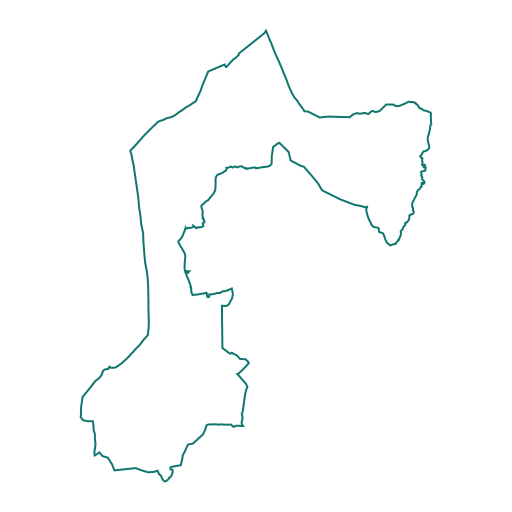 Gairo, Morogoro, United Republic of Tanzania (Natural Earth projection)
{"feature_id": "72390352B71030681800047", "entity_name": "Gairo", "entity_type": "district", "adm_level": 2, "iso_a3": "TZA", "parent_name": "United Republic of Tanzania", "parent_adm1": "Morogoro", "projection": "natural_earth1", "projection_center": [37.057, -6.228], "detail": "fine", "context": "isolated", "style": "outline", "palette": "teal", "viewbox_px": 512, "rotation_deg": 0, "n_neighbors": 0, "source": "geoboundaries", "source_scale": "gbopen_adm2", "svg_char_len": 6071}
<svg xmlns="http://www.w3.org/2000/svg" viewBox="0 0 512 512"><path d="M95.4,380.9L91.0,386.7L82.6,396.9L81.0,408.0L81.1,412.6L80.7,417.3L83.2,420.3L88.2,421.3L92.8,421.2L93.4,425.1L93.7,430.4L94.9,434.1L94.9,438.6L95.5,443.7L95.3,446.3L94.3,452.8L94.7,455.4L99.5,452.4L102.5,456.1L107.7,457.6L111.9,464.0L114.4,470.4L135.6,468.1L140.3,469.9L148.1,472.3L153.9,471.9L157.6,470.7L158.2,472.4L159.0,473.8L159.8,474.8L160.7,475.3L162.8,479.6L164.3,481.3L165.9,481.2L167.4,480.1L168.6,479.0L169.0,477.8L170.7,476.9L171.5,475.5L172.6,472.5L172.6,470.0L171.4,469.7L170.4,469.0L170.5,467.4L172.3,466.7L180.8,465.2L182.4,458.2L182.7,455.4L184.9,451.4L187.1,446.3L188.2,444.5L192.9,443.6L203.2,434.2L204.1,431.9L205.3,429.6L205.8,427.4L206.6,425.3L208.3,424.5L215.6,424.3L217.9,424.6L221.7,424.4L224.5,424.7L231.0,424.6L232.0,425.4L232.6,426.2L233.9,426.9L235.2,426.0L237.4,425.7L243.0,426.0L242.1,424.7L241.5,422.6L242.7,418.1L241.8,414.0L242.4,412.5L242.9,410.3L244.0,402.4L244.3,399.7L245.3,393.5L246.6,388.5L247.4,386.8L246.0,383.9L237.4,374.0L238.2,373.9L242.9,369.5L248.8,363.2L248.3,362.8L248.1,361.6L245.6,359.3L240.0,358.9L237.2,355.7L235.2,354.6L233.5,353.9L232.5,353.0L230.9,352.7L231.3,352.9L230.5,353.7L229.1,353.1L222.4,348.0L222.1,321.6L222.0,316.9L222.1,316.6L221.9,305.7L222.2,305.6L224.0,306.0L226.8,305.9L228.9,304.2L232.2,298.0L232.9,293.9L231.8,288.5L225.5,291.2L223.0,291.2L219.3,293.2L217.2,292.9L215.9,293.5L211.4,294.4L209.2,294.5L209.3,295.9L209.0,297.0L207.4,296.9L207.0,295.8L206.6,292.8L206.0,292.8L203.4,293.6L201.5,293.7L197.3,294.6L193.8,294.7L192.6,295.1L191.3,291.8L191.2,290.0L191.3,288.7L190.9,288.0L191.1,288.0L190.6,285.8L189.3,282.0L185.6,272.8L188.3,272.7L188.3,272.1L189.1,271.3L185.1,271.1L184.6,269.0L184.7,262.9L185.3,256.6L185.1,254.7L184.4,252.7L179.2,243.8L178.3,241.7L178.8,240.7L180.0,239.7L182.3,236.5L184.7,230.6L185.6,227.7L185.9,228.4L186.9,228.6L188.2,227.8L188.9,228.0L191.2,227.7L192.5,227.3L193.6,226.6L193.4,225.9L195.3,227.2L195.6,227.9L196.7,228.1L197.9,227.2L198.7,227.5L201.0,227.2L202.3,226.8L203.4,226.0L202.7,223.5L203.2,222.8L204.2,222.5L204.5,221.8L204.3,221.1L203.2,219.0L203.6,219.1L202.6,216.3L202.4,214.7L202.7,211.9L202.5,210.4L201.4,207.2L201.5,205.5L204.3,203.2L205.4,201.8L208.0,200.3L213.4,193.7L214.2,192.5L215.3,189.8L215.6,184.0L215.5,180.4L215.8,177.5L216.9,175.4L218.8,174.1L220.5,173.7L222.6,172.7L223.5,172.2L224.3,171.3L225.6,170.9L226.3,169.7L226.5,168.7L226.4,167.8L227.8,167.8L231.0,166.6L232.4,167.4L233.4,167.4L234.7,166.5L235.6,166.5L237.4,167.4L239.3,166.5L241.6,166.3L243.6,167.4L244.3,168.2L245.2,168.0L246.1,168.1L246.4,168.9L252.0,167.8L254.9,167.5L255.8,167.6L256.1,168.4L261.8,167.3L268.0,166.5L269.5,165.9L270.5,165.2L271.6,163.9L271.6,161.8L271.8,158.9L271.7,156.4L273.2,146.9L277.7,143.5L279.4,142.9L288.6,151.9L290.7,160.5L300.7,165.8L303.8,166.7L311.6,175.6L317.6,182.8L322.2,190.4L340.4,199.4L354.4,204.8L361.9,206.2L364.7,207.3L366.9,206.6L367.2,206.9L366.2,209.3L366.4,211.0L367.6,215.9L369.1,219.8L370.8,222.9L371.2,224.0L371.4,224.9L373.7,227.0L376.9,227.5L378.8,228.4L378.9,231.0L379.2,232.0L379.7,232.3L381.4,232.6L383.0,233.4L383.5,234.1L385.6,240.2L386.4,241.6L387.1,242.9L389.2,244.5L389.9,245.4L395.0,243.8L395.6,244.0L396.5,242.2L397.4,241.5L398.0,240.7L398.0,240.2L398.8,240.0L399.3,238.4L400.5,235.9L401.0,233.2L400.7,231.6L400.9,231.1L402.5,229.5L403.5,226.8L405.2,225.2L405.2,223.0L406.7,222.6L407.5,221.4L408.6,220.4L409.3,218.3L409.4,215.7L409.7,215.0L410.8,214.8L411.4,214.2L412.3,214.2L413.0,213.9L413.3,213.5L413.8,211.4L413.1,210.6L412.9,209.2L413.1,208.5L412.9,207.8L412.3,207.0L412.1,205.3L412.5,202.5L414.4,199.0L414.8,197.8L416.7,194.7L416.8,192.2L417.7,190.7L418.3,189.9L419.6,189.2L420.0,188.2L420.7,187.1L421.6,186.7L421.7,183.2L422.5,182.8L423.1,183.0L423.5,183.8L424.0,183.5L424.6,182.2L423.8,180.9L422.5,179.9L422.1,179.0L422.4,177.5L422.0,176.6L421.3,176.1L421.2,175.4L421.6,174.8L421.6,174.3L421.1,172.4L421.1,171.8L421.6,171.5L424.6,170.9L425.2,170.5L425.6,168.1L425.6,167.2L425.2,167.0L424.3,167.4L423.9,167.4L423.6,166.9L423.8,166.3L424.8,165.6L424.9,164.9L424.3,164.8L422.9,165.4L422.2,165.1L422.0,164.7L422.0,164.4L422.6,162.8L422.3,160.9L422.0,160.7L421.9,160.0L422.5,158.7L422.3,158.2L421.3,157.5L420.7,157.4L420.2,156.2L421.8,154.6L421.9,153.9L423.3,151.6L423.8,151.3L424.4,151.3L425.9,150.9L427.9,149.7L428.9,148.5L429.3,146.8L428.0,141.5L427.7,138.9L428.1,135.9L428.8,134.2L430.0,128.9L430.3,125.7L431.3,124.0L431.0,121.8L430.8,115.8L431.0,113.3L430.2,112.5L429.1,112.0L426.6,111.0L423.8,110.3L421.2,108.6L419.7,108.2L417.2,104.6L414.1,102.6L414.3,102.5L412.5,102.0L410.7,102.0L408.9,101.7L406.8,102.6L404.5,103.9L402.6,104.5L399.5,105.9L397.0,106.1L394.9,105.7L393.7,104.6L386.3,104.5L379.6,111.0L375.5,112.2L373.7,111.3L372.4,110.9L370.1,112.3L368.6,114.0L366.3,113.6L365.5,112.9L363.0,113.1L362.0,113.5L359.4,113.7L356.9,113.1L353.0,114.5L349.7,117.2L328.1,116.6L319.4,117.5L318.6,116.9L308.1,111.6L304.9,111.3L304.1,110.9L303.9,110.2L298.9,103.5L297.3,100.8L294.1,97.0L291.6,92.5L288.7,85.9L286.9,80.8L279.0,61.6L274.8,52.7L271.2,43.1L269.3,38.9L268.0,35.3L266.0,30.7L264.5,33.1L239.0,53.4L238.6,55.1L235.6,57.9L233.1,59.6L226.5,66.9L226.1,67.1L224.9,65.5L224.7,64.5L208.2,71.5L202.4,85.4L200.6,90.7L197.1,98.2L196.0,101.0L189.3,105.5L186.2,107.2L181.6,110.6L179.7,111.7L175.4,114.9L173.2,116.3L170.4,117.4L167.5,118.0L165.0,119.0L163.4,119.9L160.3,120.8L157.7,121.9L156.5,123.4L152.7,126.9L144.5,135.1L134.1,146.8L130.4,150.4L130.4,151.4L131.5,154.6L132.4,160.0L133.5,164.4L138.2,197.1L139.3,208.7L140.3,214.8L141.2,224.2L143.1,232.9L143.4,241.9L144.6,257.0L145.2,262.8L147.1,273.1L147.6,277.6L148.2,287.5L148.5,303.6L148.4,306.1L148.8,320.8L148.7,326.3L147.9,334.8L147.6,335.3L144.0,339.3L139.4,345.3L135.3,349.3L133.5,351.6L130.8,354.2L129.4,356.0L127.1,358.3L121.6,363.3L117.6,366.2L115.7,367.3L113.8,367.8L111.4,367.8L110.4,367.4L109.5,366.7L108.8,367.4L108.6,368.7L107.1,369.2L105.6,369.3L104.4,369.7L102.9,371.2L102.6,372.3L101.4,375.2L99.4,377.8L97.1,379.8L95.4,380.9Z" fill="none" stroke="#0f766e" stroke-width="2"/></svg>